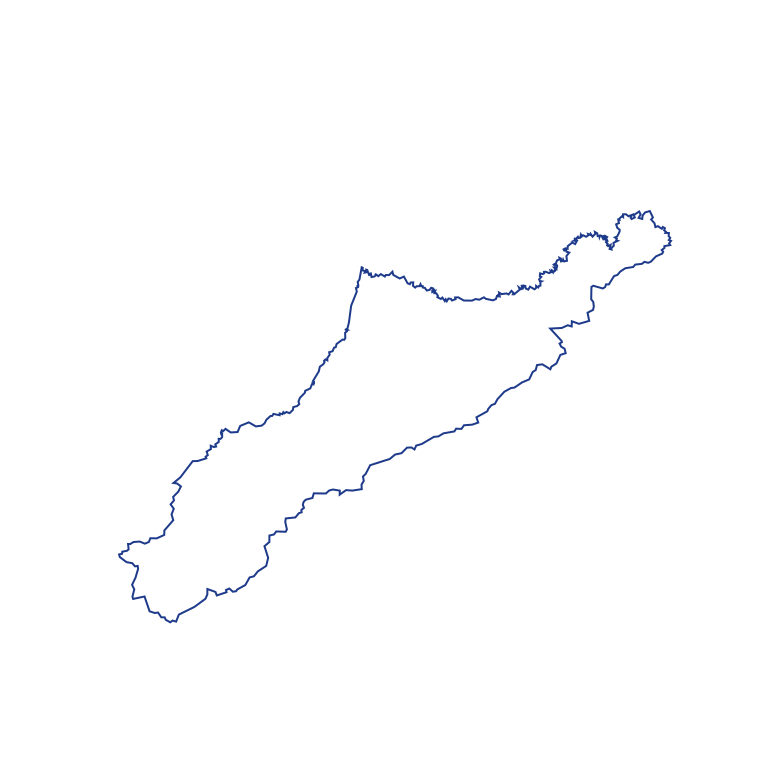 outline of Dok Khamtai, Phayao, Thailand, rotated 62°
{"feature_id": "78962969B85814528086479", "entity_name": "Dok Khamtai", "entity_type": "district", "adm_level": 2, "iso_a3": "THA", "parent_name": "Thailand", "parent_adm1": "Phayao", "projection": "orthographic", "projection_center": [100.017, 19.127], "detail": "fine", "context": "isolated", "style": "outline", "palette": "blue", "viewbox_px": 768, "rotation_deg": 62, "n_neighbors": 0, "source": "geoboundaries", "source_scale": "gbopen_adm2", "svg_char_len": 6106}
<svg xmlns="http://www.w3.org/2000/svg" viewBox="0 0 768 768"><g transform="rotate(62 384 384)"><path d="M453.4,486.7L452.3,482.4L453.2,478.6L457.4,473.1L460.9,475.1L459.9,467.3L463.2,462.1L466.4,453.0L462.3,451.1L460.0,447.3L455.8,446.0L454.8,442.4L449.2,434.3L452.9,414.1L451.5,407.4L453.3,401.0L451.0,393.6L452.9,389.6L456.1,387.8L453.5,384.5L454.7,378.8L454.1,364.8L455.8,360.6L455.5,354.6L458.9,344.1L457.3,341.3L460.0,336.7L458.0,332.7L461.3,325.2L462.3,318.9L456.8,318.0L456.6,305.6L454.9,303.6L453.1,299.0L453.6,295.4L450.6,290.8L447.3,281.3L447.2,273.7L448.4,270.5L447.4,261.4L448.1,253.6L443.2,247.1L442.9,243.5L439.1,240.0L441.0,234.9L449.1,230.2L447.3,228.1L446.8,222.1L441.1,214.6L442.1,209.1L437.6,208.0L434.3,210.0L430.7,210.0L430.6,207.3L429.3,207.0L413.1,211.2L418.0,200.7L418.4,194.2L421.3,191.3L416.8,188.7L422.4,183.6L424.6,173.2L416.6,170.8L416.7,164.6L414.0,162.3L409.7,160.7L406.5,161.3L395.7,155.3L395.5,153.1L402.4,145.9L402.2,143.2L400.3,141.2L401.6,138.7L396.7,130.2L397.3,126.7L395.6,122.5L395.1,116.5L397.7,109.0L396.5,106.2L399.0,99.8L398.4,96.7L401.0,93.9L401.3,91.1L399.0,83.9L399.5,77.1L398.2,75.4L396.1,75.9L395.5,72.5L393.9,71.7L395.7,66.1L393.6,66.2L392.4,63.4L390.6,64.9L389.4,62.7L387.0,63.2L384.4,61.6L382.7,64.7L382.0,63.6L379.8,64.5L378.3,62.8L376.3,64.1L377.4,65.8L373.2,68.1L372.9,70.7L369.0,69.7L364.2,70.9L363.2,68.4L356.1,68.1L355.1,72.9L356.7,76.6L359.5,78.5L356.9,81.2L354.7,77.8L351.5,77.7L352.1,84.1L354.7,84.4L354.6,87.9L352.9,88.2L351.1,85.5L350.6,89.4L347.7,90.7L346.4,93.3L348.9,94.5L347.6,95.2L348.5,98.6L349.6,98.9L348.8,100.0L352.2,101.0L352.0,104.1L355.6,104.7L358.4,103.5L360.0,104.4L363.2,108.8L363.0,111.3L365.0,110.2L366.2,111.6L367.3,110.5L367.1,115.1L369.8,116.2L370.7,119.4L372.1,119.9L370.7,121.4L367.5,118.6L367.5,121.4L366.2,121.9L365.4,120.7L363.0,121.4L362.8,119.9L360.8,120.7L361.6,119.5L359.6,119.4L359.0,118.0L356.7,119.5L356.4,120.9L359.2,120.2L359.2,122.4L355.4,122.3L354.3,123.3L355.4,124.6L353.5,123.9L354.6,124.6L353.8,125.9L351.0,125.0L348.8,126.4L350.6,126.9L351.8,130.7L348.3,131.1L349.1,132.0L347.4,133.4L348.6,133.6L348.9,136.4L346.1,138.4L346.6,140.0L344.5,140.0L347.0,142.1L346.4,143.7L345.0,143.7L346.1,146.5L344.5,147.8L346.8,146.6L346.7,148.9L348.2,146.5L350.2,149.5L347.5,151.4L348.5,157.0L350.8,158.4L349.4,160.0L349.4,162.2L350.8,162.2L351.0,160.2L352.9,160.8L354.9,158.7L356.7,162.9L361.1,164.6L360.3,167.5L358.2,167.4L359.3,168.6L358.8,170.2L356.3,168.9L354.9,169.9L356.5,170.3L356.1,173.2L358.1,175.5L358.2,178.1L359.9,177.6L359.9,175.7L361.0,175.6L362.6,177.1L361.3,179.0L363.8,178.3L363.4,179.5L364.4,179.9L364.6,181.2L362.8,182.2L364.5,182.7L362.3,183.9L363.7,184.2L363.6,186.1L360.7,188.7L360.1,190.1L361.5,190.7L361.4,192.4L359.6,194.2L361.9,195.8L363.3,194.9L364.4,197.9L366.2,198.1L367.3,196.7L367.3,198.0L370.6,199.7L370.2,201.1L371.2,202.5L368.8,203.6L370.5,204.5L371.1,206.6L366.6,209.4L368.4,212.3L366.2,214.0L363.8,213.2L363.1,214.0L364.2,215.7L362.3,215.2L361.9,216.3L364.7,217.1L364.7,218.2L362.0,219.5L364.4,219.8L365.9,227.1L365.3,228.1L364.4,226.9L361.6,227.7L363.4,232.0L361.6,233.3L359.8,238.0L357.3,239.5L360.5,240.5L358.2,241.8L360.5,241.5L359.4,243.1L361.5,245.2L361.3,248.5L356.6,254.1L354.4,255.1L354.3,260.3L352.0,263.2L351.7,267.1L347.8,274.3L342.3,277.8L341.0,280.6L342.7,281.0L342.2,284.8L340.2,285.0L338.8,287.0L340.4,289.7L338.2,289.8L339.3,291.4L335.1,291.9L335.6,293.9L332.4,296.1L331.6,295.0L328.5,295.2L327.5,296.8L325.8,295.0L325.5,298.2L324.1,297.5L324.1,295.6L322.7,295.7L321.2,297.2L322.3,299.5L321.5,302.4L318.3,302.8L317.1,304.4L315.7,303.9L315.2,305.1L313.0,304.9L314.3,306.7L313.0,309.4L313.5,311.2L310.9,312.3L308.0,310.5L306.9,312.8L308.0,314.3L306.2,315.9L298.5,316.0L298.2,320.6L292.0,324.6L288.8,323.8L290.2,328.3L288.6,331.4L289.5,332.8L285.5,335.2L286.1,338.4L282.5,340.1L284.1,340.0L284.6,341.9L283.7,344.8L280.2,343.7L279.9,345.1L281.6,346.1L275.5,345.3L274.7,346.0L277.0,347.3L276.6,348.7L275.7,347.4L273.6,349.6L271.4,348.2L270.5,348.9L280.3,356.7L281.5,359.3L285.2,360.5L285.0,361.4L286.3,361.6L286.1,363.7L289.6,364.6L299.4,376.2L313.1,386.0L317.8,390.2L317.9,391.6L319.1,390.8L318.7,392.2L320.1,392.1L320.4,394.2L325.4,396.7L326.3,398.4L325.3,399.7L326.4,407.1L328.8,409.3L328.5,411.1L330.9,414.0L330.2,417.5L332.6,418.2L334.5,421.9L336.5,422.9L334.8,424.1L335.4,426.1L336.7,426.1L338.0,428.1L338.6,432.5L342.3,435.7L348.1,445.4L349.2,444.8L350.3,445.4L349.8,446.5L351.1,446.6L350.4,447.7L353.3,451.2L353.0,456.7L354.6,458.0L356.7,464.7L359.4,467.8L362.0,468.3L362.7,471.1L361.8,474.9L364.1,476.6L365.4,481.1L362.9,483.3L363.2,485.6L361.6,486.1L363.0,487.8L361.0,489.9L362.6,490.8L358.5,495.7L359.7,497.6L359.0,499.3L360.3,504.5L362.7,508.0L363.3,511.7L361.3,517.0L354.4,521.4L353.5,530.7L357.7,535.8L354.8,542.1L349.2,545.0L350.1,548.2L348.7,548.9L350.2,550.8L351.8,551.2L351.8,550.2L355.0,551.9L355.7,554.2L354.8,555.7L357.6,557.1L358.1,561.3L360.4,561.6L359.8,563.8L357.2,566.0L360.2,567.4L360.4,572.3L364.1,573.0L364.5,575.7L366.2,575.8L364.5,584.7L362.3,589.1L370.8,607.6L372.6,616.3L374.7,613.4L379.1,611.4L382.5,616.2L384.7,623.2L388.2,624.1L390.1,628.9L395.5,628.2L399.4,632.8L405.3,634.0L410.2,646.7L414.1,648.9L413.6,657.1L410.5,662.7L413.1,665.8L412.7,670.1L408.4,673.7L405.9,679.5L406.2,683.2L405.1,685.1L410.1,687.1L410.6,689.2L409.2,693.8L410.9,695.0L410.1,697.9L412.8,698.5L420.4,695.0L424.0,690.4L428.1,689.5L429.0,686.9L431.8,687.9L438.4,694.4L443.0,700.7L448.1,700.9L453.6,705.9L456.0,706.4L459.2,695.2L474.6,697.7L478.6,693.9L479.7,690.8L485.4,690.2L487.1,687.2L489.7,687.4L494.1,684.6L493.6,681.8L496.2,679.1L491.3,673.4L491.8,656.0L489.8,642.5L486.9,638.8L482.1,636.2L488.5,630.4L492.2,630.9L493.9,620.8L491.7,620.2L492.0,616.6L496.5,614.9L497.5,611.9L496.5,609.9L496.4,600.8L491.7,593.5L492.7,589.1L490.2,583.3L489.3,573.4L483.1,567.9L471.1,565.7L469.7,559.4L464.0,556.3L465.2,551.8L463.6,548.4L468.3,540.2L466.8,538.0L459.3,535.9L456.6,533.8L460.2,524.9L458.1,519.8L458.6,516.9L456.4,516.1L455.8,512.8L452.6,512.4L450.4,510.4L449.4,507.5L451.0,500.7L447.6,497.3L453.4,486.7Z" fill="none" stroke="#1e3a8a" stroke-width="2"/></g></svg>